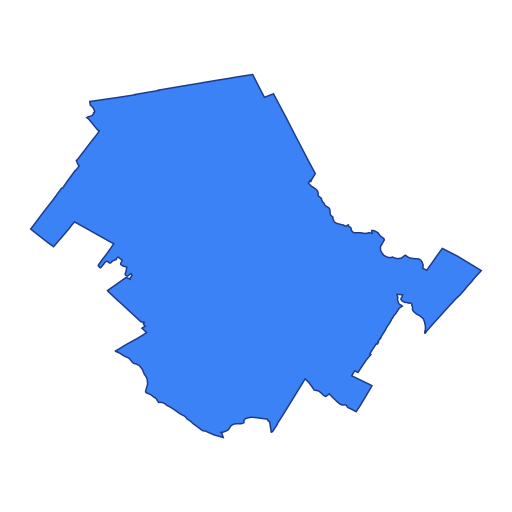 the district of Vidra, Ilfov, Romania
{"feature_id": "2599482B96476332132739", "entity_name": "Vidra", "entity_type": "district", "adm_level": 2, "iso_a3": "ROU", "parent_name": "Romania", "parent_adm1": "Ilfov", "projection": "robinson", "projection_center": [26.154, 44.284], "detail": "fine", "context": "isolated", "style": "filled", "palette": "blue", "viewbox_px": 512, "rotation_deg": 0, "n_neighbors": 0, "source": "geoboundaries", "source_scale": "gbopen_adm2", "svg_char_len": 6052}
<svg xmlns="http://www.w3.org/2000/svg" viewBox="0 0 512 512"><path d="M158.6,402.4L160.3,402.4L162.7,402.6L164.5,403.4L167.1,405.5L171.0,407.5L175.6,410.6L180.0,413.8L183.8,415.7L185.2,416.6L186.7,418.6L190.6,421.3L193.4,423.9L198.0,427.2L201.8,430.1L203.1,430.8L205.6,431.1L207.4,432.0L214.0,434.9L223.2,437.5L221.8,433.0L221.0,432.4L222.8,432.2L223.3,432.1L225.0,431.4L225.9,431.1L227.2,430.5L227.9,430.0L229.1,428.7L230.3,426.8L230.8,426.0L232.0,425.0L232.8,424.6L233.8,424.2L234.7,423.9L235.7,423.8L238.3,423.7L240.6,423.8L242.5,423.3L243.3,423.0L244.0,422.6L243.9,421.6L243.9,420.7L244.3,419.9L245.6,418.5L251.0,417.2L255.9,417.6L267.6,419.2L267.6,419.8L268.1,420.7L269.7,422.0L271.2,432.1L271.8,432.1L273.1,430.9L274.0,429.4L276.7,425.3L277.3,424.2L277.6,423.3L283.9,413.4L305.1,378.9L308.4,382.0L312.0,386.8L314.1,389.9L314.6,390.1L315.9,390.4L317.8,390.8L318.9,391.1L322.4,394.1L323.9,395.6L325.2,396.3L326.0,396.4L328.6,394.4L329.3,393.9L332.3,397.1L334.4,399.0L337.2,401.8L339.7,403.9L341.4,404.8L343.2,405.0L345.0,404.9L346.0,405.0L346.6,405.6L347.2,406.8L348.4,407.8L351.1,409.0L356.1,411.7L359.7,406.4L367.0,394.2L372.0,385.8L371.4,385.4L369.9,384.6L351.7,375.8L354.8,370.7L356.5,371.8L358.0,372.5L361.6,366.9L366.3,360.0L370.8,354.6L369.8,354.1L372.4,349.6L373.7,347.7L376.3,343.8L377.3,344.1L378.5,342.1L377.9,341.9L380.1,338.4L380.4,338.6L381.0,337.5L380.8,337.3L381.4,336.3L385.5,329.9L386.1,328.5L387.5,326.0L388.6,324.6L389.3,323.6L391.2,320.3L391.3,319.9L391.9,318.8L392.6,318.0L393.5,316.2L394.6,314.7L395.2,314.3L397.8,310.5L399.2,308.2L399.4,308.1L402.3,306.1L401.4,305.3L399.7,304.5L398.6,303.3L397.4,299.2L397.9,297.4L397.2,295.8L397.0,294.7L397.0,294.4L402.6,294.7L402.2,296.6L401.4,297.8L401.0,298.5L401.0,299.6L402.3,301.1L403.1,301.4L404.6,302.4L406.4,302.4L408.7,303.2L410.1,302.9L410.9,303.2L411.4,303.6L411.8,304.3L411.9,305.4L412.5,307.1L412.6,307.8L412.4,308.9L412.5,309.7L413.0,310.7L414.0,311.9L415.2,313.0L416.3,313.9L417.1,314.4L419.5,315.6L420.6,316.5L422.5,317.9L423.3,319.0L424.3,321.2L425.2,325.1L425.4,326.4L425.4,327.2L425.4,328.3L425.4,329.4L425.1,330.6L424.8,331.5L424.7,332.5L424.8,332.9L425.0,333.2L425.7,332.8L425.8,332.4L426.1,331.9L426.4,331.4L434.7,322.0L439.3,317.0L449.4,305.7L452.0,303.0L455.3,299.4L456.4,298.3L457.1,297.7L457.8,297.0L460.2,294.8L461.6,293.1L464.9,289.4L466.7,287.0L471.7,281.5L474.3,278.2L474.7,277.8L476.1,276.2L479.4,272.7L481.3,270.6L457.6,256.2L442.3,248.4L436.9,255.8L432.0,262.9L429.1,266.8L426.8,270.3L422.5,268.1L423.1,266.7L423.1,264.8L421.9,261.7L421.0,260.4L419.8,259.5L418.7,259.0L411.9,258.4L409.0,257.7L406.9,256.4L406.1,255.6L405.4,255.3L404.3,255.8L401.6,258.0L397.9,258.7L395.8,258.3L393.9,257.7L392.4,257.0L390.7,257.7L390.4,257.7L389.6,257.5L388.0,257.4L387.5,257.3L385.4,256.2L383.8,255.3L383.5,255.0L382.6,253.7L381.7,252.5L380.7,250.6L380.4,248.1L380.5,246.5L382.1,243.9L384.3,239.9L383.9,238.6L380.6,236.1L379.8,235.4L379.6,235.0L378.1,232.9L375.3,231.2L374.3,230.8L374.1,230.6L371.7,230.5L372.1,233.3L369.0,232.7L368.1,233.0L367.1,233.2L366.6,233.2L365.2,233.5L362.6,233.1L360.6,232.7L354.1,232.8L353.7,232.6L352.5,231.7L351.3,230.2L351.2,229.2L350.8,227.7L348.0,225.7L348.1,225.4L348.4,225.0L348.1,224.8L347.8,225.3L345.7,226.1L344.4,225.8L344.1,225.6L343.7,225.0L342.9,225.0L338.0,223.7L336.5,223.3L334.9,222.4L334.1,221.5L333.6,220.5L333.2,219.2L332.8,218.7L332.8,218.3L332.9,217.2L332.3,216.5L331.7,216.1L331.1,215.7L330.5,214.6L330.2,214.0L330.0,211.4L329.9,210.0L329.6,208.8L329.2,208.3L328.8,207.8L326.3,206.3L324.8,205.2L324.6,204.7L324.5,204.2L324.2,203.5L323.6,202.8L322.8,202.0L322.4,201.4L321.8,200.1L321.3,198.2L319.8,197.1L318.5,196.0L318.0,195.3L318.2,193.6L318.1,192.5L317.5,191.0L315.9,189.2L312.6,186.9L311.3,186.1L308.4,183.2L310.0,180.6L310.4,181.1L310.8,181.5L311.6,179.7L315.3,173.6L309.0,161.9L302.3,149.0L293.5,132.1L288.0,121.3L285.8,116.9L282.9,111.6L273.5,93.8L264.4,97.3L258.3,85.6L252.7,74.5L235.3,77.2L230.5,78.1L221.6,79.5L211.9,81.1L158.4,90.1L158.5,90.5L134.9,94.5L135.0,94.8L115.0,97.9L106.3,99.1L94.8,100.8L89.7,101.5L90.4,105.2L90.9,105.2L91.3,105.9L92.0,106.6L93.5,108.3L94.8,111.6L93.6,112.8L93.9,113.3L91.8,115.8L88.5,116.7L86.9,117.5L86.7,117.7L88.3,118.7L89.2,119.7L97.3,129.5L98.1,130.3L99.2,130.9L97.3,133.9L89.1,144.3L83.5,151.8L83.2,152.0L77.3,159.8L76.5,160.2L76.3,160.5L76.5,160.9L77.5,163.5L78.4,165.1L79.3,165.8L76.0,170.1L75.0,170.7L73.7,172.5L72.9,173.6L66.9,181.8L62.7,188.0L62.4,188.1L61.8,188.1L61.5,188.2L53.4,199.4L43.3,212.3L30.7,229.1L36.0,233.3L47.5,242.3L53.6,246.7L58.8,240.6L61.3,237.8L70.0,227.5L71.0,226.1L71.8,225.0L74.6,221.9L113.7,243.8L110.7,248.2L106.5,254.1L102.2,259.7L98.5,264.8L98.2,265.7L99.8,267.6L100.7,267.7L102.4,265.7L103.6,264.3L104.2,263.2L106.0,261.5L106.4,261.4L107.0,261.3L108.2,261.9L108.9,262.7L109.7,263.0L110.6,263.0L111.1,262.6L112.0,261.5L113.6,260.3L114.5,260.2L116.0,259.7L116.3,259.4L116.6,258.3L117.3,257.6L118.1,257.1L122.1,260.2L120.6,263.7L120.7,264.2L120.9,264.6L123.0,266.1L126.8,267.0L126.1,271.0L125.7,272.4L125.3,273.3L125.2,274.2L125.3,274.8L126.5,275.8L127.4,276.2L128.3,275.5L130.9,273.7L131.3,273.9L131.8,274.7L131.9,275.5L131.7,276.1L130.9,277.0L130.4,277.6L130.4,278.5L130.2,278.7L130.2,279.3L128.7,278.5L126.0,277.5L113.4,286.4L107.5,290.5L107.8,291.1L113.8,296.8L117.5,300.2L122.5,304.7L140.8,321.7L143.9,322.2L144.3,322.7L143.3,323.3L143.5,324.0L143.9,324.8L145.3,326.1L141.9,328.2L146.6,332.5L143.4,334.7L143.2,334.8L137.4,338.4L130.4,342.2L123.3,346.2L123.2,346.4L115.8,350.8L116.8,351.6L117.0,351.7L116.6,351.8L120.1,353.3L123.3,355.5L126.5,357.1L127.7,357.6L129.0,358.3L129.6,358.9L132.4,362.3L133.3,363.1L134.0,363.4L134.8,363.7L136.8,364.1L137.6,364.8L138.5,365.0L139.2,365.4L139.8,366.1L141.6,368.5L142.7,370.1L144.1,373.8L145.7,376.2L146.2,377.0L147.1,378.9L147.3,380.2L147.6,384.2L145.9,390.1L145.6,391.1L145.6,391.7L145.6,391.9L145.8,392.3L146.2,392.7L146.9,393.1L149.6,394.1L151.3,395.0L152.7,396.2L152.9,396.3L153.7,397.0L154.5,397.6L155.1,397.7L155.7,398.0L158.6,402.4Z" fill="#3b82f6" stroke="#1e3a8a" stroke-width="1.5"/></svg>